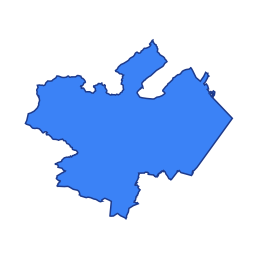 Kampar, Riau, Indonesia (Albers equal-area conic projection), rotated 97°
{"feature_id": "22746128B8837306932395", "entity_name": "Kampar", "entity_type": "district", "adm_level": 2, "iso_a3": "IDN", "parent_name": "Indonesia", "parent_adm1": "Riau", "projection": "albers", "projection_center": [101.167, 0.32], "detail": "fine", "context": "isolated", "style": "filled", "palette": "blue", "viewbox_px": 256, "rotation_deg": 97, "n_neighbors": 0, "source": "geoboundaries", "source_scale": "gbopen_adm2", "svg_char_len": 5802}
<svg xmlns="http://www.w3.org/2000/svg" viewBox="0 0 256 256"><g transform="rotate(97 128 128)"><path d="M82.4,48.7L81.7,50.3L83.2,51.7L82.3,51.8L80.0,54.0L79.4,52.8L76.4,54.1L74.7,55.7L76.0,57.2L74.7,58.2L73.0,56.9L68.4,55.1L67.8,55.3L66.6,54.0L65.5,55.4L64.0,55.4L64.1,56.3L63.3,57.7L67.5,59.1L72.8,61.9L69.7,66.6L63.1,70.9L60.8,72.6L60.6,73.2L61.1,73.4L62.1,74.5L62.9,77.4L63.8,79.2L65.0,80.9L67.9,82.6L68.8,83.9L69.0,85.0L70.5,86.6L72.1,87.9L72.6,89.2L73.0,89.5L74.4,89.5L78.0,92.4L79.2,93.7L80.8,94.2L82.5,95.7L86.2,98.0L87.0,98.0L88.2,96.2L88.8,95.6L89.3,95.6L91.6,97.9L93.1,100.5L93.9,103.1L95.9,105.6L96.2,106.9L96.4,112.9L96.3,117.7L95.9,120.1L92.5,123.0L91.8,123.3L90.7,123.0L86.7,120.0L87.1,119.9L86.0,119.1L86.4,118.0L84.6,118.6L83.1,119.5L82.0,119.7L80.9,119.3L79.7,118.2L78.8,117.9L78.3,116.9L76.9,116.0L74.5,113.5L73.4,111.9L67.4,106.8L62.8,101.2L62.0,100.5L59.4,99.4L57.4,97.4L56.0,98.5L54.9,99.9L53.9,100.4L53.0,101.6L51.4,105.2L49.9,106.4L48.8,108.2L45.8,108.1L45.3,108.7L43.8,109.1L43.1,110.0L42.0,110.3L41.6,111.6L40.2,113.0L39.5,113.3L39.5,113.8L37.7,114.0L38.1,114.6L40.3,115.6L42.0,116.8L42.4,116.6L42.8,115.5L44.5,116.4L45.4,117.5L46.7,119.9L46.9,121.6L49.2,123.1L50.1,124.3L51.0,124.4L52.0,125.1L52.5,126.3L51.6,128.3L52.2,129.2L53.0,129.9L54.9,130.5L56.3,131.4L58.2,134.0L59.2,134.9L60.6,135.6L61.7,136.8L64.4,140.2L65.8,142.6L68.5,144.9L71.2,146.0L72.4,147.4L73.3,147.0L73.7,144.9L75.2,142.9L75.1,140.8L75.9,140.0L76.1,138.8L77.8,139.8L79.2,139.3L80.4,140.2L81.4,140.2L81.8,139.4L83.8,140.0L85.2,140.1L85.7,138.6L86.4,138.0L88.6,137.7L90.4,137.0L90.9,137.3L91.4,137.9L93.0,138.3L94.0,139.7L95.3,140.3L96.3,141.8L95.9,142.7L95.9,143.5L96.8,144.3L96.6,145.8L96.9,147.3L96.5,148.2L97.4,148.9L97.3,149.7L96.1,152.5L96.2,153.1L95.3,154.0L93.9,153.5L93.2,153.6L90.7,155.7L88.5,155.8L88.0,156.7L88.9,157.6L88.4,158.8L86.6,159.5L87.6,160.8L87.3,162.2L87.6,163.0L88.4,163.2L89.1,164.1L89.6,165.4L90.2,165.9L90.4,167.1L90.9,167.2L91.6,166.9L92.4,165.5L92.7,165.2L94.4,165.0L95.0,164.6L95.4,164.9L95.7,165.5L97.5,166.6L97.7,167.9L96.7,170.3L97.2,174.3L94.1,176.7L93.8,177.2L94.3,178.8L94.1,179.1L93.9,178.9L93.1,179.0L92.4,180.1L91.9,179.9L91.6,178.6L90.4,177.7L88.7,177.3L88.3,176.3L87.7,175.9L86.7,176.3L85.4,177.4L84.3,178.9L84.1,180.0L83.2,180.7L82.4,181.0L82.0,183.2L82.1,184.7L83.6,186.2L84.2,190.5L84.7,191.5L84.7,192.2L83.7,193.4L84.0,194.4L85.0,195.2L85.7,197.6L85.8,199.8L85.0,203.1L85.0,204.9L87.0,205.7L89.4,208.5L90.5,209.3L91.0,211.1L91.1,213.4L93.5,215.2L94.9,215.4L95.7,216.0L96.2,217.1L95.9,218.5L96.2,219.4L96.1,221.3L96.7,223.2L98.7,222.2L101.1,223.2L102.1,223.1L103.1,222.6L105.2,222.6L106.0,222.2L107.1,220.4L107.6,220.3L107.6,220.9L109.4,219.7L111.6,219.1L114.7,219.7L116.1,219.4L119.2,220.5L122.7,223.2L124.9,226.3L126.0,228.7L132.9,229.4L135.9,230.4L136.6,229.3L137.3,225.6L139.4,223.2L139.8,222.4L139.8,220.3L139.3,218.4L139.6,216.0L140.1,215.2L140.8,214.6L141.2,213.8L142.1,213.2L143.2,211.9L143.1,211.3L142.0,210.2L141.7,209.0L141.9,208.3L142.4,207.6L143.7,208.5L144.7,208.0L144.7,207.5L144.3,206.7L144.4,205.8L146.3,203.0L148.0,201.5L148.3,200.7L148.1,198.1L148.3,196.2L148.6,195.5L147.7,193.8L147.5,192.7L147.0,191.8L147.1,191.4L148.4,190.2L148.3,188.9L148.6,188.3L150.8,186.8L151.3,184.8L152.7,183.1L153.6,182.9L154.2,180.9L155.3,180.8L156.0,180.4L156.5,178.4L156.6,176.7L157.3,175.8L158.4,174.9L159.6,175.1L159.5,175.6L161.0,176.9L161.1,177.8L161.8,178.4L162.2,179.7L163.5,180.4L162.9,181.7L164.1,182.3L164.0,183.6L164.4,184.0L164.4,185.2L165.4,187.6L168.1,189.8L169.1,189.8L169.4,190.1L171.0,193.6L171.8,194.4L172.3,195.7L172.9,195.6L172.8,194.4L173.5,192.9L174.6,192.6L175.5,192.7L176.0,188.6L177.7,187.0L178.3,184.9L178.9,185.3L179.1,186.2L180.1,186.9L180.3,187.6L184.2,192.6L185.5,192.4L186.5,192.9L187.0,192.9L188.8,190.2L188.8,189.7L188.5,189.3L188.8,188.8L189.7,189.0L191.6,190.6L192.4,190.6L193.8,191.3L194.8,191.2L194.6,191.2L194.3,189.8L193.9,184.0L193.3,181.0L193.4,179.7L195.5,174.9L195.9,170.9L196.2,170.0L197.0,169.0L198.4,168.2L199.4,167.9L200.2,168.2L200.3,167.6L201.2,166.8L202.2,161.0L201.5,159.2L201.7,156.5L202.6,153.4L202.8,151.0L204.3,147.6L204.5,146.3L203.8,144.7L203.7,145.1L202.5,145.1L200.7,142.7L200.7,141.8L202.0,137.6L202.9,135.6L217.5,135.2L217.6,134.4L217.1,131.7L214.2,128.3L214.1,127.8L216.0,124.7L217.4,120.3L218.3,119.0L216.8,118.5L215.4,118.8L211.3,117.4L207.7,117.3L204.3,113.1L201.9,108.6L200.9,109.7L201.4,110.7L201.3,111.3L200.9,111.6L200.9,112.9L199.5,112.7L199.1,112.0L198.7,111.8L195.4,111.6L195.2,111.1L194.8,111.3L193.5,110.6L193.5,110.4L192.7,110.4L192.0,109.9L190.7,109.9L187.9,108.5L187.1,109.7L185.9,110.8L184.9,110.6L184.6,110.4L184.1,111.6L183.6,111.9L183.8,112.1L183.4,113.4L183.9,113.7L183.7,114.1L182.5,113.7L182.1,113.3L182.2,113.1L181.3,112.5L181.5,113.5L177.4,111.9L176.5,111.8L175.6,111.3L175.2,111.8L172.6,111.6L172.5,111.4L171.5,111.9L170.7,106.2L170.2,106.0L169.7,105.1L169.6,103.5L169.7,102.9L170.5,102.0L170.8,101.9L171.0,102.4L171.5,102.3L171.5,96.9L171.8,96.8L172.2,96.0L172.7,95.7L172.6,95.3L173.2,94.3L172.8,93.9L172.9,92.9L172.3,92.6L172.3,93.5L171.7,93.0L171.2,92.9L170.9,92.1L170.5,92.1L170.5,92.5L170.2,92.5L169.5,91.9L169.5,91.5L168.9,91.4L168.5,90.6L167.8,90.3L168.0,90.0L168.4,90.0L168.2,89.7L166.5,89.0L166.8,88.3L166.2,87.9L167.0,87.6L166.9,87.0L166.4,86.8L167.2,85.7L169.1,84.7L170.9,82.9L173.2,81.3L173.6,80.6L173.5,79.9L174.2,79.3L173.9,78.7L167.4,74.8L165.7,73.8L164.9,74.0L164.5,73.6L165.0,72.9L164.0,72.0L165.8,70.0L167.4,59.2L165.7,58.3L165.0,58.8L164.5,57.9L164.0,58.0L163.8,58.4L163.2,58.7L162.4,58.1L162.5,57.6L162.2,57.3L158.6,54.7L105.7,25.6L86.2,49.4L84.5,50.7L82.4,48.7ZM82.4,48.7L83.3,47.6L84.3,47.6L84.3,48.4L86.9,48.3L86.9,47.3L85.4,47.3L85.3,46.6L84.4,46.6L84.4,46.3L81.7,46.2L80.8,47.8L82.4,48.7Z" fill="#3b82f6" stroke="#1e3a8a" stroke-width="1.5"/></g></svg>